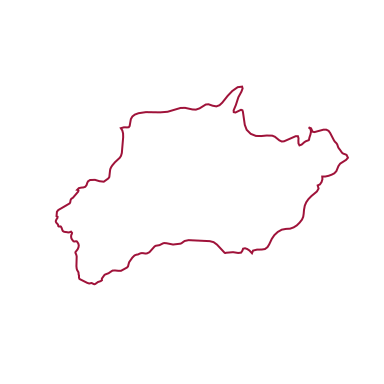 Gambela Peoples, orthographic projection, rotated 317°
{"feature_id": "ETH-3130", "entity_name": "Gambela Peoples", "entity_type": "Administrative State", "adm_level": 1, "iso_a3": "ETH", "parent_name": "Ethiopia", "parent_adm1": "", "projection": "orthographic", "projection_center": [34.092, 7.81], "detail": "fine", "context": "isolated", "style": "outline", "palette": "rose", "viewbox_px": 384, "rotation_deg": 317, "n_neighbors": 0, "source": "natural_earth", "source_scale": "10m", "svg_char_len": 3386}
<svg xmlns="http://www.w3.org/2000/svg" viewBox="0 0 384 384"><g transform="rotate(317 192 192)"><path d="M139.9,125.0L141.2,124.8L141.8,124.6L146.7,120.4L147.9,119.5L149.8,118.7L151.8,118.2L155.9,117.7L162.6,117.7L164.8,117.1L167.3,115.6L179.0,105.0L181.5,102.2L183.0,99.5L183.5,96.8L186.4,98.3L188.6,100.5L189.9,101.5L191.4,101.2L197.0,97.0L199.9,96.1L203.0,96.4L206.6,97.9L212.7,102.1L223.1,112.1L228.9,116.7L240.9,122.7L244.3,125.7L248.6,131.9L251.0,134.4L254.6,136.0L261.7,137.4L263.9,139.1L265.9,142.9L268.2,146.0L271.3,147.3L275.0,147.3L283.7,146.0L290.5,145.6L296.9,146.5L300.5,149.1L299.6,150.8L296.6,152.3L290.6,154.3L283.4,158.3L278.1,160.7L277.0,162.1L278.0,163.5L283.9,165.3L284.6,166.6L283.9,168.1L276.4,178.9L274.4,183.8L274.6,189.5L277.0,194.6L280.8,198.3L285.1,201.6L289.1,205.5L290.3,208.1L291.1,213.8L292.1,216.3L293.9,217.7L305.9,221.9L307.5,223.4L306.5,225.4L304.9,226.9L303.0,229.1L302.4,231.2L304.5,232.1L308.1,232.2L309.8,232.5L312.7,233.7L313.4,233.5L314.2,232.8L315.3,232.1L317.7,230.8L320.1,229.1L321.6,226.9L321.4,224.3L322.5,226.6L321.3,230.1L322.4,231.7L330.7,236.1L332.7,238.0L333.6,240.4L333.3,243.0L331.0,251.2L330.8,252.8L330.9,254.5L330.7,256.1L329.3,259.3L329.1,260.9L329.0,262.2L328.6,264.7L328.5,265.9L328.8,267.1L330.0,269.4L330.3,270.4L329.4,273.3L326.6,273.6L319.7,272.3L316.8,272.9L311.8,275.2L308.8,275.4L306.0,274.6L302.9,273.3L299.9,271.5L297.8,269.5L296.1,271.6L293.5,273.1L290.7,273.7L288.4,272.9L286.9,275.8L283.7,276.8L276.5,276.4L272.3,276.6L268.6,277.4L265.2,278.9L261.8,281.4L258.8,284.1L256.4,286.0L253.6,287.2L249.8,287.8L245.9,287.9L242.2,287.2L238.7,285.7L235.6,283.1L232.0,280.8L227.5,279.7L222.8,279.7L218.4,280.7L212.6,283.0L209.6,283.8L206.5,283.5L203.7,281.6L200.3,278.5L196.7,276.5L194.1,277.7L194.1,273.9L193.5,271.4L192.4,269.3L190.7,268.3L188.8,269.3L186.5,269.8L184.2,268.1L181.0,264.0L175.5,259.7L174.7,259.3L174.4,258.7L174.4,247.5L173.6,243.4L171.5,240.1L156.7,224.9L153.2,222.8L151.9,222.6L149.4,222.3L148.3,221.9L142.3,217.5L138.5,212.2L136.9,210.4L135.8,209.8L132.0,208.7L128.8,206.6L127.5,206.3L119.8,207.0L117.2,206.2L116.0,205.3L114.3,203.1L113.2,202.1L112.0,201.5L109.8,200.8L108.7,200.0L106.7,199.2L103.6,199.3L98.4,200.4L97.4,200.9L94.4,202.8L92.9,202.9L86.3,201.2L84.2,199.2L82.3,197.0L80.5,195.4L79.5,195.1L75.6,194.5L72.2,193.1L71.2,193.0L67.3,193.8L66.7,194.1L66.0,195.1L64.4,194.9L61.8,193.7L58.6,193.3L57.7,192.9L57.3,192.2L56.9,191.1L56.5,190.1L54.4,188.8L53.4,187.0L50.4,178.9L50.9,177.6L52.5,175.9L52.5,175.7L53.1,174.6L53.7,174.0L54.2,173.2L54.8,170.6L55.4,169.4L56.9,167.4L63.7,160.5L64.4,159.3L64.9,158.1L65.2,157.1L65.7,156.5L69.3,155.9L71.3,155.0L72.8,153.8L73.7,152.1L74.1,149.7L73.7,149.0L72.1,147.9L71.7,147.2L71.8,145.5L72.0,144.3L72.4,143.2L73.4,141.9L74.4,141.1L75.5,140.7L76.4,140.1L76.5,138.5L74.9,137.9L73.9,137.2L73.0,135.9L72.2,135.0L71.3,133.8L70.9,132.4L71.2,131.5L72.2,129.2L72.5,127.8L72.3,127.4L71.2,126.6L71.0,126.2L71.0,125.6L71.6,124.8L71.8,124.2L71.8,122.2L72.0,121.2L72.5,120.4L74.1,119.6L75.9,119.2L76.8,118.4L76.5,117.7L76.4,117.3L79.8,114.3L81.9,114.0L94.8,116.9L95.9,116.5L97.6,115.2L98.4,114.8L99.4,114.7L101.0,115.0L109.0,114.1L110.1,113.4L110.1,113.0L109.5,112.1L111.9,112.0L113.9,113.2L115.7,114.6L117.5,115.4L119.7,115.0L121.4,114.0L123.2,113.3L125.6,113.7L129.3,116.9L131.7,121.0L134.5,124.3L139.9,125.0Z" fill="none" stroke="#9f1239" stroke-width="2"/></g></svg>